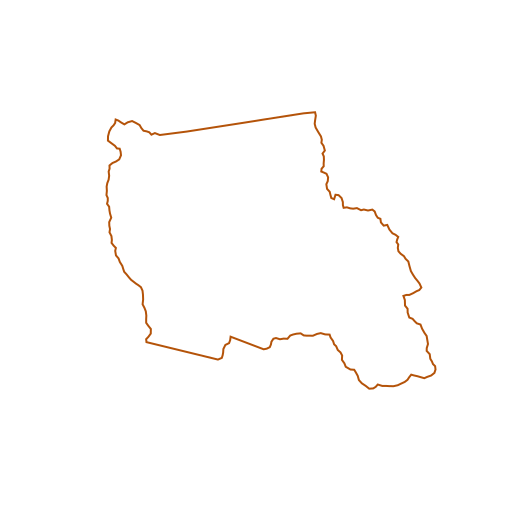 Nova Canaã, Bahia, Brazil, rotated 154°
{"feature_id": "56859067B27684266688580", "entity_name": "Nova Canaã", "entity_type": "district", "adm_level": 2, "iso_a3": "BRA", "parent_name": "Brazil", "parent_adm1": "Bahia", "projection": "orthographic", "projection_center": [-40.194, -14.851], "detail": "fine", "context": "isolated", "style": "outline", "palette": "amber", "viewbox_px": 512, "rotation_deg": 154, "n_neighbors": 0, "source": "geoboundaries", "source_scale": "gbopen_adm2", "svg_char_len": 3218}
<svg xmlns="http://www.w3.org/2000/svg" viewBox="0 0 512 512"><g transform="rotate(154 256 256)"><path d="M289.4,406.9L293.0,410.8L296.8,410.9L297.7,414.0L299.7,416.0L302.2,417.9L303.0,421.4L303.2,424.7L305.6,428.2L308.2,431.6L312.7,432.4L316.6,432.0L318.8,435.3L320.3,438.0L322.3,440.2L324.3,437.3L326.7,435.9L329.6,434.9L333.2,432.3L336.5,428.5L338.5,424.6L336.5,420.7L334.5,416.9L333.8,413.6L331.5,412.2L332.0,409.0L333.2,405.7L336.6,402.8L340.5,402.3L344.2,402.5L348.0,401.6L349.3,398.7L351.4,396.5L352.8,392.5L355.0,389.2L357.7,386.7L359.8,383.9L361.5,379.9L363.7,376.3L363.8,373.1L365.1,370.5L367.0,368.2L366.4,364.7L367.7,361.3L368.6,358.2L369.3,353.9L373.1,350.8L374.6,347.4L375.4,344.2L377.3,341.5L377.2,337.3L378.5,333.6L380.1,331.1L379.4,327.7L378.4,324.7L380.3,322.3L381.6,317.9L380.6,314.1L381.0,310.3L380.5,305.7L381.0,302.6L381.4,299.6L380.4,296.2L379.5,292.2L378.7,289.3L377.3,286.5L376.0,283.8L374.5,281.3L373.1,278.4L373.2,274.6L374.5,270.9L376.5,266.4L379.1,262.3L379.0,258.3L379.3,254.6L380.7,250.5L382.4,247.4L384.0,244.1L383.4,240.5L382.5,236.5L384.6,232.4L388.2,230.5L391.2,229.4L392.2,226.6L335.6,179.6L331.4,179.4L329.5,181.4L327.8,183.7L326.1,186.7L322.5,189.5L318.4,189.5L316.1,191.7L314.2,194.6L290.0,168.8L287.0,168.0L283.6,168.0L281.4,169.9L279.7,172.2L276.6,174.0L274.0,173.5L271.0,170.7L267.3,169.6L264.0,167.8L260.1,169.5L257.2,169.2L253.7,168.4L249.8,166.9L247.9,163.7L245.6,162.3L242.8,160.9L239.8,159.4L235.3,159.2L231.6,158.3L228.2,155.2L224.3,153.1L224.7,150.1L224.0,145.8L224.5,142.4L223.5,139.8L223.7,135.7L222.3,132.3L222.2,128.8L224.3,125.0L223.6,120.8L223.9,117.1L220.9,112.6L217.6,110.7L217.3,107.6L217.1,103.7L217.9,99.4L216.7,95.2L214.3,91.1L212.4,87.1L208.7,85.6L205.8,85.9L202.9,87.1L199.4,83.8L196.4,82.4L193.4,80.7L189.5,78.7L185.2,77.7L181.9,77.7L177.6,77.6L174.1,78.3L171.6,79.8L168.5,81.3L166.5,79.5L163.5,77.1L161.2,75.0L158.3,72.4L155.2,72.3L151.0,71.8L146.9,72.7L144.4,75.3L143.3,78.5L144.3,81.3L144.1,84.1L144.4,87.2L142.9,91.6L144.2,95.9L142.9,98.4L140.0,101.5L138.8,105.6L137.7,109.3L138.3,113.1L138.6,117.9L138.2,122.3L141.0,125.0L142.0,127.9L142.8,130.9L145.2,133.5L144.5,138.7L142.9,142.1L143.8,146.1L141.5,151.2L141.0,155.5L138.0,155.1L135.3,153.8L131.0,153.7L127.1,154.0L124.2,153.8L121.2,155.2L121.1,159.6L121.8,163.1L122.6,166.4L123.1,170.4L123.4,174.5L122.5,179.6L121.5,184.3L122.8,187.9L123.1,191.0L125.0,194.6L125.9,197.8L125.0,201.1L123.1,204.0L123.6,206.9L121.8,209.0L119.8,210.8L121.3,213.9L123.4,216.6L124.5,221.3L124.4,226.4L127.9,227.3L129.0,231.4L127.9,234.9L129.8,237.0L130.2,240.2L129.8,244.0L131.1,246.7L135.4,247.8L138.7,250.5L141.5,251.1L144.3,254.8L147.9,255.9L150.4,257.5L153.0,259.9L156.1,260.9L155.6,263.6L154.3,266.4L153.7,270.6L155.1,274.5L157.7,276.2L160.9,272.8L162.9,275.1L162.3,278.3L161.6,281.4L162.7,285.2L161.3,289.7L158.7,291.8L156.7,295.1L156.6,299.0L158.4,301.2L160.3,303.3L158.8,305.7L155.8,307.0L154.6,309.6L152.8,312.6L151.4,315.8L151.3,318.9L147.9,320.6L147.0,325.4L147.6,329.1L145.9,331.6L145.2,335.0L145.7,340.0L146.1,345.3L145.3,349.1L143.5,351.9L140.7,355.9L139.9,359.3L150.8,363.4L153.7,364.3L189.7,375.4L196.7,377.5L209.1,381.3L263.7,398.2L289.4,406.9Z" fill="none" stroke="#b45309" stroke-width="2"/></g></svg>